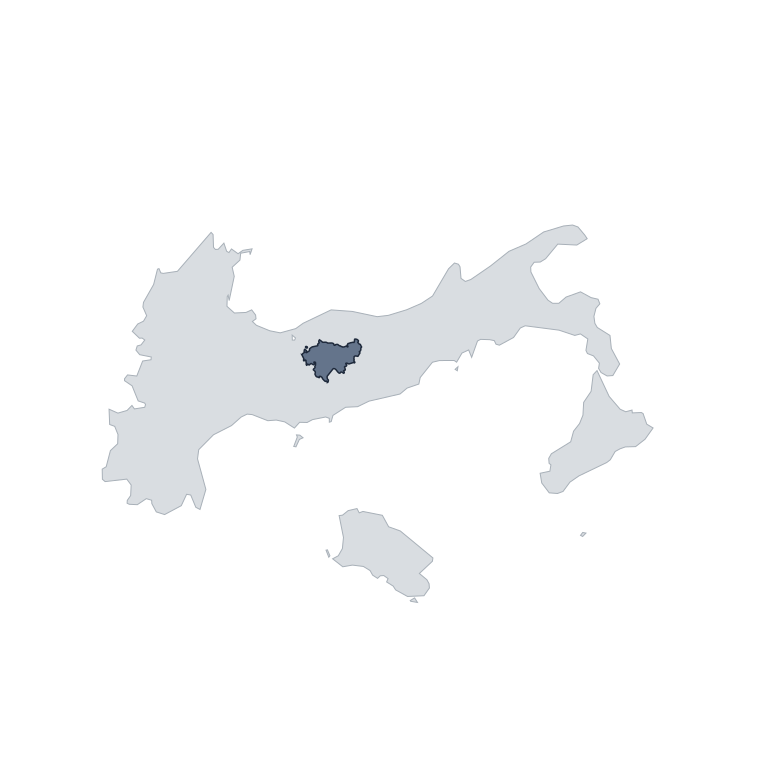 Perugia highlighted on a map of Italy, rotated 301°
{"feature_id": "ITA-5432", "entity_name": "Perugia", "entity_type": "Province", "adm_level": 1, "iso_a3": "ITA", "parent_name": "Italy", "parent_adm1": "", "projection": "robinson", "projection_center": [12.525, 43.115], "detail": "fine", "context": "in_parent", "style": "filled", "palette": "slate", "viewbox_px": 768, "rotation_deg": 301, "n_neighbors": 0, "source": "natural_earth", "source_scale": "10m", "svg_char_len": 9014}
<svg xmlns="http://www.w3.org/2000/svg" viewBox="0 0 768 768"><g transform="rotate(301 384 384)"><path d="M165.9,186.3L170.0,188.5L186.0,183.8L195.6,186.5L203.7,182.0L209.0,175.0L208.0,169.7L220.8,161.3L222.0,170.9L229.0,177.4L235.8,179.0L234.1,182.9L240.8,190.9L243.5,190.2L244.4,188.7L242.9,182.0L252.7,169.0L253.2,159.9L254.9,158.9L259.7,159.5L263.5,168.0L279.4,165.3L284.8,171.8L287.3,170.6L283.3,159.5L285.3,153.9L289.5,152.9L292.4,155.6L298.5,156.3L298.8,153.0L297.3,150.8L299.5,141.1L308.6,142.0L314.0,145.5L320.3,145.4L325.8,137.7L330.1,135.8L350.6,135.3L365.8,130.7L367.0,131.7L364.3,135.4L365.1,137.8L374.2,148.9L424.9,157.7L424.1,160.5L413.3,167.5L412.5,170.2L414.1,172.5L422.3,174.2L416.7,180.8L416.8,183.4L421.2,183.7L420.5,191.8L425.9,194.2L431.9,201.3L425.9,202.6L428.4,200.7L422.3,193.8L416.0,196.7L405.9,193.7L399.1,200.2L375.8,208.3L379.9,204.6L378.2,204.6L369.7,209.4L367.8,219.2L374.3,228.9L379.4,232.4L377.0,238.4L374.0,240.7L369.8,239.0L368.6,244.4L370.8,258.7L374.4,268.7L386.0,279.8L394.4,283.4L420.3,300.5L429.9,319.5L438.2,343.5L445.1,352.4L459.3,365.2L472.3,374.5L484.4,380.3L516.0,380.0L524.0,382.1L525.0,386.1L523.6,388.8L514.2,395.6L513.8,400.9L518.3,404.6L540.0,414.5L562.1,422.8L577.2,433.6L596.6,442.6L611.9,456.5L617.4,463.8L618.5,469.4L615.1,479.3L613.2,483.3L602.4,477.7L593.4,460.9L574.6,458.0L569.0,455.1L565.7,450.0L559.8,449.5L555.7,452.2L545.7,467.9L540.3,481.4L540.0,487.0L543.2,492.3L552.3,495.3L564.2,505.0L564.7,517.0L566.9,523.8L563.9,527.7L558.0,526.7L550.1,529.1L544.6,533.5L542.3,537.7L542.0,552.7L531.5,560.6L522.5,575.7L509.1,575.8L505.8,571.1L505.6,564.2L507.9,559.9L512.8,557.9L516.0,549.1L514.9,542.7L516.8,539.8L527.6,535.5L528.1,526.6L523.9,522.5L520.3,506.3L506.6,475.0L502.2,472.0L490.6,471.1L476.7,462.9L475.8,459.5L478.0,456.2L476.4,451.7L472.0,443.8L469.0,442.0L452.0,445.4L456.8,439.0L450.7,434.9L440.1,435.0L440.3,432.1L432.7,419.5L427.6,414.3L408.2,411.7L401.9,413.9L392.4,405.9L383.7,402.9L361.6,380.0L351.0,373.1L344.3,363.1L330.8,356.4L324.6,358.1L323.1,356.8L326.4,354.8L325.7,351.0L316.7,341.1L311.4,337.9L307.7,331.4L300.1,329.9L300.4,318.4L297.6,310.2L292.7,303.3L289.9,286.8L287.7,282.2L282.2,278.6L269.8,274.7L252.7,264.0L232.3,259.0L223.8,262.7L201.9,285.6L181.7,290.9L181.4,286.2L189.3,275.5L187.8,271.6L175.3,272.9L159.1,263.2L157.1,254.7L161.9,246.6L164.7,244.7L163.3,239.3L153.5,234.7L149.7,227.6L149.5,225.2L152.0,223.9L157.9,224.3L167.2,219.3L170.0,212.5L156.7,195.2L157.3,191.7L165.9,186.3ZM377.9,284.4L378.6,280.1L374.4,282.8L375.6,284.8L377.9,284.4ZM505.2,559.7L489.3,583.4L484.0,599.4L484.7,605.5L489.4,610.0L487.1,611.7L492.1,619.3L492.1,621.3L484.9,629.9L484.9,637.3L471.1,636.2L459.9,631.9L454.4,623.3L450.0,619.7L445.2,616.9L435.6,617.0L431.3,615.3L405.6,598.4L395.6,593.9L384.1,592.8L379.5,589.1L375.8,581.7L380.4,570.2L387.9,563.8L394.7,571.1L400.7,568.7L401.0,566.4L405.1,563.5L410.4,563.4L430.6,573.8L441.2,570.8L450.8,572.0L459.7,570.6L471.1,564.6L484.4,565.3L499.7,558.5L505.2,559.7ZM263.9,431.6L270.6,450.2L264.0,461.5L266.4,473.7L260.1,515.5L257.0,516.8L239.8,511.9L238.3,521.6L236.0,525.5L232.5,528.0L223.1,527.3L214.0,513.6L213.5,500.0L215.5,496.0L215.7,488.2L219.3,487.7L219.7,482.5L217.7,479.6L214.1,478.6L214.3,472.7L216.9,468.2L217.0,460.3L212.5,450.2L206.1,442.8L207.7,430.0L213.2,433.3L221.5,433.1L231.6,428.3L248.1,413.3L250.2,416.0L257.0,418.5L263.3,425.0L260.8,429.1L263.9,431.6ZM295.3,335.2L296.8,338.2L296.2,342.3L292.9,340.0L284.8,340.9L284.0,338.8L293.9,337.0L295.3,335.2ZM216.4,520.4L214.0,525.2L211.5,518.8L211.9,518.0L216.4,520.4ZM212.7,420.9L208.9,426.1L207.1,425.9L211.7,419.9L212.7,420.9ZM360.2,633.9L355.6,632.8L355.5,630.4L359.1,630.8L360.2,633.9ZM436.9,438.5L433.1,440.0L433.2,437.4L436.9,438.5Z" fill="#d9dde1" stroke="#a8b0b8" stroke-width="1"/><path d="M373.2,344.1L372.5,344.0L372.4,343.3L372.5,341.7L372.0,340.9L370.5,340.6L370.2,339.7L370.5,338.2L371.6,335.3L371.7,333.8L371.3,332.9L370.6,332.5L361.4,331.3L360.4,331.8L359.3,332.8L359.0,333.4L358.9,333.9L358.7,334.3L358.0,334.7L356.9,335.0L356.4,334.9L356.0,334.6L356.5,334.2L356.7,333.9L356.7,333.7L356.8,333.5L356.8,333.3L356.8,333.1L356.6,332.8L356.4,332.7L356.1,332.5L356.0,332.2L356.0,331.9L356.3,330.5L356.5,329.9L356.8,328.8L357.1,328.3L357.5,327.8L357.6,327.7L357.7,327.3L357.7,327.2L357.8,326.9L357.9,326.1L357.8,325.8L357.8,325.5L357.5,325.0L357.3,324.8L357.1,324.7L356.9,324.8L356.6,325.1L356.4,325.2L356.3,325.3L356.1,325.2L355.9,324.6L355.8,323.8L355.8,323.4L355.7,323.1L355.6,322.9L355.5,322.6L355.5,322.4L355.7,321.6L356.6,320.1L356.9,319.9L357.0,319.7L357.4,319.6L358.5,319.2L358.8,319.0L359.1,318.7L359.3,318.3L359.4,318.0L359.7,316.5L359.7,316.3L359.9,316.1L360.2,315.9L360.5,315.9L361.8,316.3L362.2,316.4L362.4,316.4L362.6,316.4L363.0,316.1L363.3,315.8L363.4,315.7L363.6,315.7L363.8,315.6L364.7,315.6L364.8,315.6L365.0,315.5L366.6,314.6L367.2,314.1L367.2,313.7L367.1,313.2L366.9,313.0L366.8,312.8L366.6,312.8L366.4,312.8L366.2,313.0L365.9,313.5L365.7,313.8L365.4,313.9L365.0,313.9L364.8,313.9L364.4,313.8L364.2,313.7L364.1,313.4L364.1,312.9L364.1,311.7L364.1,311.2L364.0,310.9L363.9,310.8L363.5,310.6L362.0,310.2L361.8,310.1L361.7,310.0L361.7,309.8L361.7,309.5L361.8,308.8L361.7,308.5L361.7,308.3L361.5,308.2L360.7,308.3L360.5,308.2L360.3,308.1L360.2,308.0L360.3,307.8L360.5,307.5L361.0,307.0L361.4,306.9L361.6,306.8L361.8,306.7L362.1,306.6L362.8,305.7L363.2,305.5L363.4,305.3L363.8,305.2L364.0,304.9L364.1,304.5L364.0,304.3L363.9,304.1L363.6,303.9L362.9,303.7L362.6,303.4L362.6,303.1L362.8,302.9L363.2,302.6L363.5,302.5L364.0,302.5L364.2,302.4L364.8,301.6L366.9,298.3L367.0,298.6L367.6,298.7L368.1,298.7L368.4,298.8L369.0,299.0L369.8,299.4L370.0,299.5L370.3,299.4L370.5,299.3L370.6,299.0L370.7,298.8L370.9,298.7L371.0,298.6L372.6,298.1L372.8,298.1L373.0,298.4L373.0,298.6L372.9,298.8L372.8,299.1L372.7,299.2L372.7,299.4L372.8,299.7L372.8,299.9L372.8,300.0L372.7,300.4L372.6,300.5L372.3,300.7L372.2,300.8L371.3,300.7L371.1,300.7L370.9,300.8L370.8,301.0L370.9,301.3L371.0,301.4L371.1,301.5L371.4,301.7L373.8,302.8L374.2,302.9L374.7,302.8L374.9,302.7L375.1,302.6L375.3,302.3L375.4,302.2L375.6,302.1L375.8,302.1L376.2,302.2L378.0,302.9L378.9,303.4L382.6,307.4L382.9,307.4L383.3,307.2L383.7,306.8L383.8,306.7L384.2,306.7L384.6,306.8L385.1,306.9L385.6,307.2L385.8,307.2L386.0,307.2L386.2,306.9L386.5,306.5L386.7,306.3L386.8,306.2L387.6,305.9L388.6,305.9L388.6,306.7L388.6,306.9L388.5,307.5L388.5,307.9L388.5,308.1L388.4,308.5L388.2,309.7L388.2,309.9L388.3,310.2L388.5,310.5L389.8,312.5L389.9,312.8L390.0,313.0L390.1,313.7L390.1,314.4L390.1,314.8L390.4,315.2L392.3,318.2L392.3,318.3L392.5,319.0L392.5,319.4L392.6,319.6L392.5,319.8L392.5,320.0L392.4,320.1L392.3,320.3L392.3,320.5L392.0,320.7L391.8,320.9L391.7,321.1L391.6,321.4L391.8,321.9L391.9,322.0L392.1,322.1L392.7,322.2L393.0,322.4L393.3,322.7L393.8,323.4L394.0,323.8L394.1,324.1L394.0,324.5L393.9,325.3L393.9,325.8L393.9,326.3L394.1,326.9L394.2,327.0L394.2,327.4L394.1,327.8L394.1,328.0L394.2,328.3L394.3,328.6L394.4,328.8L394.4,329.0L394.4,329.4L394.5,329.7L394.8,330.1L395.4,330.9L395.7,331.1L396.7,331.8L396.8,331.9L396.9,332.0L397.0,332.4L397.0,332.6L397.0,333.4L397.0,333.6L397.1,333.8L397.3,333.8L397.7,333.7L397.8,333.6L397.9,333.4L397.8,333.2L397.7,332.9L397.7,332.7L397.8,332.4L398.0,332.4L399.1,332.4L399.5,332.4L399.9,332.3L400.1,332.3L400.4,332.6L401.0,333.2L401.8,333.8L402.2,334.1L402.4,334.4L403.6,335.7L403.8,335.9L403.9,336.1L404.0,336.6L404.1,336.8L404.8,336.9L407.1,335.8L407.3,335.9L407.5,335.9L407.6,336.1L408.0,336.8L408.2,337.4L408.3,337.8L408.3,338.0L408.3,338.5L408.1,339.5L407.9,339.8L407.6,340.0L407.2,340.1L406.9,340.1L406.6,340.1L406.3,340.0L406.1,340.2L405.9,340.6L405.9,341.3L405.6,341.8L405.5,342.0L405.5,342.4L405.5,342.6L405.7,342.9L405.7,343.1L405.7,343.4L405.6,343.6L405.1,344.1L404.9,344.4L404.8,344.7L404.6,345.2L404.5,345.4L404.4,345.5L404.1,345.7L403.9,345.8L403.2,345.6L402.9,345.6L402.7,345.7L402.0,346.2L401.8,346.3L400.6,346.7L400.3,346.7L399.9,346.6L399.6,346.5L399.3,346.3L399.1,346.2L398.9,346.3L398.7,346.5L398.5,347.1L398.4,347.2L398.3,347.3L398.2,347.4L397.8,347.4L394.4,347.4L394.1,347.1L393.7,345.8L393.5,345.4L393.2,344.9L392.8,344.6L392.4,344.4L392.0,344.3L391.7,344.4L390.8,345.0L390.1,345.1L389.9,345.2L389.7,345.4L389.5,345.9L389.2,346.1L388.6,346.1L388.3,346.2L388.1,346.6L387.9,347.4L387.7,347.7L387.5,347.9L387.2,347.9L386.9,347.8L386.8,347.5L386.7,347.0L386.7,346.8L386.5,346.6L383.3,343.8L383.1,343.5L383.0,343.0L382.8,341.6L382.6,341.2L382.4,340.9L382.1,340.7L381.8,340.7L381.5,341.0L381.4,341.3L381.2,342.1L381.0,342.3L380.7,342.4L380.1,342.5L379.9,342.4L379.5,342.2L379.1,341.6L378.8,341.5L378.4,341.4L378.2,341.4L378.1,341.7L376.4,343.4L376.2,343.5L375.9,343.5L375.6,343.3L375.5,343.2L375.3,343.0L375.1,342.8L374.5,342.6L374.1,343.1L373.8,343.7L373.2,344.1ZM375.7,297.6L376.0,297.8L376.2,298.1L376.3,298.6L376.3,299.0L376.1,299.4L375.7,299.6L375.4,299.6L375.1,299.4L374.9,299.0L374.8,298.6L374.9,298.1L375.2,297.7L375.5,297.6L375.7,297.6Z" fill="#64748b" stroke="#1e293b" stroke-width="1.5"/></g></svg>